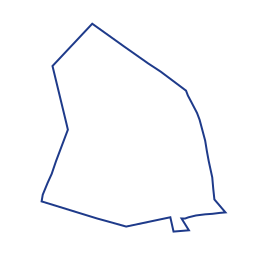 Eayoune El Atrous, Hodh el Gharbi, Mauritania (Natural Earth projection), rotated 266°
{"feature_id": "47542326B47795340566920", "entity_name": "Eayoune El Atrous", "entity_type": "district", "adm_level": 2, "iso_a3": "MRT", "parent_name": "Mauritania", "parent_adm1": "Hodh el Gharbi", "projection": "natural_earth1", "projection_center": [-9.445, 16.825], "detail": "fine", "context": "isolated", "style": "outline", "palette": "blue", "viewbox_px": 256, "rotation_deg": 266, "n_neighbors": 0, "source": "geoboundaries", "source_scale": "gbopen_adm2", "svg_char_len": 634}
<svg xmlns="http://www.w3.org/2000/svg" viewBox="0 0 256 256"><g transform="rotate(266 128 128)"><path d="M178.6,168.4L181.9,164.6L191.1,152.5L209.4,130.0L233.6,100.7L234.5,99.6L195.1,57.0L136.7,66.9L130.5,67.9L100.0,53.9L91.2,50.2L87.6,48.7L78.9,44.0L67.4,38.3L60.8,36.7L39.8,91.1L36.4,100.8L29.8,119.3L36.0,164.0L21.5,166.2L21.5,166.3L21.7,181.6L34.0,175.1L33.7,178.6L34.7,182.1L36.0,189.7L36.5,198.9L36.5,206.2L36.9,213.5L37.0,219.3L50.7,209.2L61.6,208.8L72.8,208.6L89.4,206.2L99.1,205.1L110.0,204.1L131.2,200.0L138.2,197.9L149.9,192.8L156.2,190.0L161.2,188.5L178.6,168.4Z" fill="none" stroke="#1e3a8a" stroke-width="2"/></g></svg>